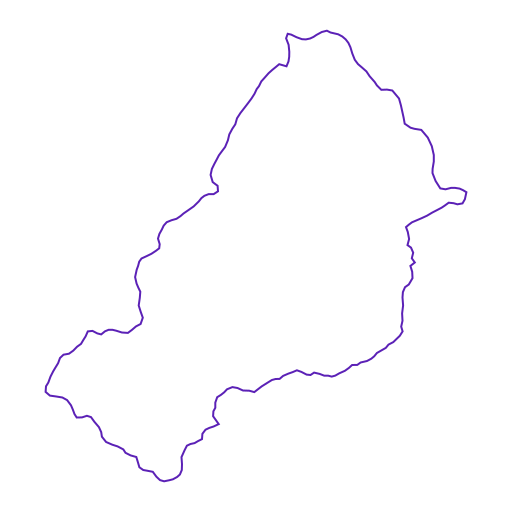 Lins, São Paulo, Brazil
{"feature_id": "56859067B10725298789827", "entity_name": "Lins", "entity_type": "district", "adm_level": 2, "iso_a3": "BRA", "parent_name": "Brazil", "parent_adm1": "São Paulo", "projection": "natural_earth1", "projection_center": [-49.692, -21.647], "detail": "fine", "context": "isolated", "style": "outline", "palette": "violet", "viewbox_px": 512, "rotation_deg": 0, "n_neighbors": 0, "source": "geoboundaries", "source_scale": "gbopen_adm2", "svg_char_len": 3328}
<svg xmlns="http://www.w3.org/2000/svg" viewBox="0 0 512 512"><path d="M466.4,192.2L463.1,190.2L459.6,188.6L455.2,187.9L451.0,187.9L445.5,189.3L440.3,188.4L435.6,181.0L432.5,173.1L432.6,168.9L433.8,161.5L433.8,155.0L431.8,146.2L427.8,137.6L421.3,129.9L414.4,128.8L410.5,127.7L404.7,123.7L403.6,117.6L400.9,105.3L399.0,98.5L392.3,90.5L387.0,89.6L381.3,89.8L376.9,85.4L374.7,82.0L369.6,76.2L366.4,71.4L362.1,67.6L358.0,64.1L354.8,59.8L352.3,53.5L350.4,47.2L348.4,42.9L345.7,39.4L342.3,36.5L338.2,34.3L330.5,32.5L326.9,30.7L321.8,32.0L316.5,34.9L313.5,36.9L310.1,38.5L305.9,39.4L302.0,39.2L296.5,37.2L291.2,34.6L287.7,33.8L286.1,38.3L288.6,44.8L289.3,51.8L289.2,56.8L288.5,61.4L286.5,66.3L279.2,64.2L275.6,67.2L272.4,69.8L268.6,73.2L264.2,78.2L261.3,81.4L259.0,86.1L256.7,89.1L254.5,93.8L251.5,98.5L248.3,102.8L244.7,107.5L240.5,112.9L237.0,118.3L235.3,124.3L232.3,128.8L229.3,134.4L227.9,140.3L225.1,147.0L221.7,151.5L218.9,155.3L216.6,159.7L214.4,163.8L211.9,168.9L210.6,174.9L212.7,182.1L217.6,185.8L218.0,191.3L213.7,194.1L208.7,194.1L204.4,195.8L201.4,198.1L198.8,201.4L193.7,206.4L188.0,210.4L183.5,213.5L180.5,216.1L176.5,218.8L171.6,220.2L166.7,222.2L163.7,225.6L161.8,229.6L159.4,233.9L158.0,238.6L159.7,244.2L159.2,248.3L155.8,250.9L151.4,253.8L146.9,256.0L141.5,258.5L139.2,261.7L138.1,265.9L136.7,269.7L135.1,277.1L136.6,283.6L138.4,287.8L140.3,291.7L139.8,297.9L138.7,305.5L140.7,311.8L142.8,317.7L140.6,324.0L136.0,326.4L131.8,330.0L127.9,332.9L121.9,332.5L116.2,330.7L112.5,329.8L108.6,329.8L105.0,331.3L101.2,334.4L97.3,333.4L92.5,330.9L87.8,331.4L85.6,336.4L83.5,339.7L81.0,343.9L77.1,346.7L73.3,350.6L69.0,353.7L63.5,354.7L60.0,358.0L58.1,363.2L55.4,367.6L53.2,371.3L50.5,376.6L48.3,382.6L46.0,386.3L45.6,391.9L49.9,395.6L56.3,396.5L62.4,397.5L67.1,400.1L71.0,405.3L72.8,409.5L74.5,414.1L76.7,417.5L82.0,417.4L86.9,415.8L91.0,417.1L94.3,421.7L98.9,427.1L101.2,432.1L101.9,436.7L106.1,442.0L112.3,444.7L117.6,446.4L123.3,449.4L125.5,452.8L130.6,455.4L136.3,457.0L137.5,460.9L139.4,467.3L143.2,470.0L147.1,470.7L152.8,471.8L156.4,476.7L160.0,480.1L164.1,481.3L169.0,480.3L172.9,479.3L177.1,477.0L179.9,474.5L181.8,470.0L182.0,464.2L181.5,457.1L184.5,450.4L186.9,445.7L190.5,444.0L194.6,443.1L198.0,441.1L202.0,439.1L202.4,433.8L205.5,429.7L209.3,427.9L213.6,426.5L218.7,424.1L213.1,416.2L213.4,411.3L215.3,407.8L215.3,402.6L217.2,397.2L220.9,394.9L224.2,392.3L227.0,389.3L232.4,387.1L237.5,388.0L243.0,390.5L249.2,390.7L254.3,392.1L257.5,389.6L261.8,386.3L267.7,382.6L271.9,380.0L275.6,379.0L279.6,378.9L283.1,375.9L288.4,373.6L292.7,372.1L296.9,370.3L301.4,371.9L306.6,374.6L310.5,375.0L314.1,372.6L319.6,373.9L324.3,375.7L328.3,375.7L331.7,376.6L335.3,375.6L339.3,373.3L344.9,370.8L348.8,368.0L352.1,365.0L357.3,364.9L360.6,362.5L367.0,361.0L371.3,358.7L374.2,356.3L376.9,353.0L381.6,350.3L385.8,347.9L388.5,344.6L393.3,342.1L396.8,338.7L399.8,335.8L402.6,331.4L401.2,326.6L402.5,320.8L402.1,313.4L403.1,305.5L402.5,297.5L402.9,292.1L405.0,287.2L408.8,284.5L412.5,278.2L412.2,271.8L410.4,265.9L414.8,262.5L411.8,258.3L413.2,252.7L411.0,247.6L407.5,245.1L409.1,239.0L407.8,232.0L406.0,227.1L408.8,224.7L412.0,222.3L421.6,218.2L427.0,215.7L432.2,212.6L437.8,209.7L441.6,207.7L444.6,205.7L448.7,202.7L453.6,203.2L457.4,204.3L462.5,203.4L464.9,199.2L466.4,192.2Z" fill="none" stroke="#5b21b6" stroke-width="2"/></svg>